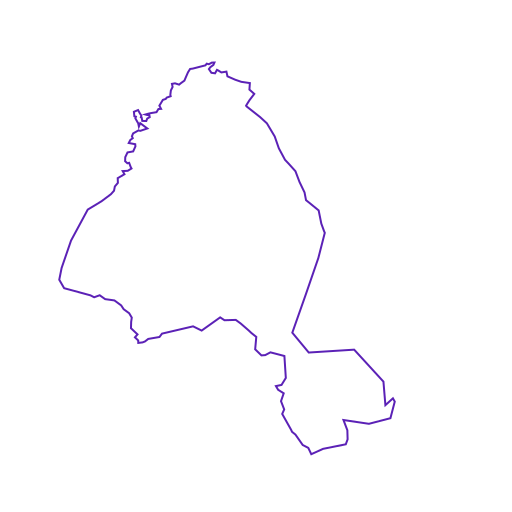 Odou, Larnaca, Cyprus (Robinson projection), rotated 109°
{"feature_id": "46923920B76521760601459", "entity_name": "Odou", "entity_type": "district", "adm_level": 2, "iso_a3": "CYP", "parent_name": "Cyprus", "parent_adm1": "Larnaca", "projection": "robinson", "projection_center": [33.154, 34.895], "detail": "fine", "context": "isolated", "style": "outline", "palette": "violet", "viewbox_px": 512, "rotation_deg": 109, "n_neighbors": 0, "source": "geoboundaries", "source_scale": "gbopen_adm2", "svg_char_len": 2324}
<svg xmlns="http://www.w3.org/2000/svg" viewBox="0 0 512 512"><g transform="rotate(109 256 256)"><path d="M346.0,80.2L354.9,85.1L333.3,94.6L312.6,132.7L330.1,174.7L316.7,196.7L275.4,196.4L237.6,196.4L211.7,198.5L210.5,199.6L209.9,200.1L204.1,204.8L192.5,211.6L186.9,226.9L180.1,230.8L171.8,239.0L163.0,246.3L160.1,251.5L158.0,255.3L155.6,259.9L146.7,269.5L136.9,277.2L127.0,288.9L123.3,297.4L117.6,313.7L117.1,314.3L115.1,313.9L110.8,312.9L103.3,310.4L100.8,316.4L94.5,318.1L96.1,326.6L96.1,333.0L95.4,341.5L91.3,344.0L93.7,348.5L92.9,352.0L92.7,353.5L96.6,354.2L97.3,357.8L94.6,361.4L92.4,360.7L89.2,358.5L86.6,358.3L87.5,360.7L90.0,363.0L90.2,365.2L92.2,365.9L99.4,376.8L100.6,379.2L104.4,380.1L109.3,380.5L113.5,380.8L117.2,383.4L119.0,384.5L119.1,388.8L120.6,391.5L123.3,389.9L127.2,390.4L131.4,389.5L132.7,388.7L135.3,392.0L136.9,392.5L138.7,394.9L145.3,396.3L147.8,393.7L148.8,396.1L150.5,396.5L152.4,396.9L155.0,401.7L156.6,404.3L158.2,406.6L158.1,404.8L157.7,402.6L159.3,401.7L161.5,403.6L164.1,403.7L165.3,407.5L162.3,409.2L162.3,410.0L160.6,410.1L158.8,412.4L156.4,415.0L159.4,418.4L163.5,416.5L163.4,414.9L165.1,414.9L168.2,411.4L168.7,410.7L171.7,408.9L168.1,408.7L170.8,400.3L175.3,406.1L175.6,408.1L180.1,412.1L183.2,412.3L184.7,410.9L187.2,412.6L190.6,413.1L189.6,406.6L191.6,405.7L197.1,406.2L199.9,411.2L205.1,411.8L209.0,410.6L210.2,407.8L209.2,406.3L212.6,403.5L213.8,402.2L217.2,405.0L219.1,409.7L221.5,407.0L227.4,412.1L231.8,410.4L236.2,412.1L240.5,411.5L244.8,413.3L254.4,419.8L266.9,430.2L301.6,435.9L330.6,435.9L342.5,434.3L347.9,428.1L348.9,426.9L347.1,399.7L347.7,395.6L344.0,391.0L345.9,384.6L344.1,375.4L346.6,367.4L349.4,363.8L351.4,357.3L354.7,353.4L358.9,352.6L365.0,350.7L368.7,342.5L372.3,344.0L374.2,339.9L376.5,339.0L374.6,335.1L373.0,333.2L369.5,330.9L364.0,320.9L360.0,319.6L343.0,292.6L344.2,283.1L325.7,269.9L327.0,264.9L323.0,254.3L324.8,248.5L328.8,238.6L330.3,235.3L332.4,229.4L344.5,226.4L348.2,218.5L346.7,215.0L342.4,211.0L341.3,196.6L361.6,188.1L369.6,189.9L372.5,194.8L375.3,191.5L376.8,185.1L385.1,185.1L389.5,181.4L391.9,179.4L396.8,179.8L409.0,166.1L410.5,164.7L412.0,160.6L419.5,150.3L420.4,144.1L425.4,139.2L416.5,129.8L404.8,109.8L399.5,109.7L391.0,112.9L382.6,119.9L377.9,94.6L365.6,76.1L348.5,77.4L346.0,80.2Z" fill="none" stroke="#5b21b6" stroke-width="2"/></g></svg>